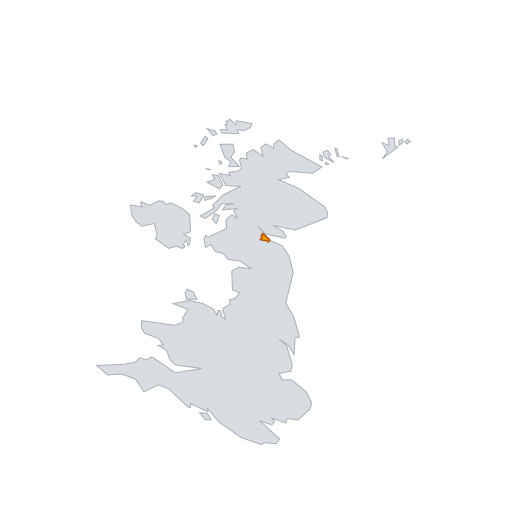 where Edinburgh sits in United Kingdom, rotated 35°
{"feature_id": "GBR-2023", "entity_name": "Edinburgh", "entity_type": "Unitary District (city)", "adm_level": 1, "iso_a3": "GBR", "parent_name": "United Kingdom", "parent_adm1": "", "projection": "natural_earth1", "projection_center": [-3.306, 55.904], "detail": "fine", "context": "in_parent", "style": "filled", "palette": "amber", "viewbox_px": 512, "rotation_deg": 35, "n_neighbors": 0, "source": "natural_earth", "source_scale": "10m", "svg_char_len": 4232}
<svg xmlns="http://www.w3.org/2000/svg" viewBox="0 0 512 512"><g transform="rotate(35 256 256)"><path d="M276.0,379.3L252.7,391.4L245.4,390.6L236.6,384.5L227.3,385.3L231.1,382.1L223.2,379.3L209.2,383.3L203.2,380.5L199.5,374.5L229.7,359.1L234.2,351.6L231.6,349.4L231.0,338.8L215.4,342.5L226.6,330.9L240.1,325.3L251.8,323.9L258.0,326.9L256.1,322.3L258.8,321.2L262.7,325.4L267.3,325.2L258.8,318.2L262.5,310.7L259.3,306.9L263.2,302.9L264.0,295.5L256.1,297.2L244.8,282.3L248.2,275.2L259.5,269.1L245.9,269.3L235.1,274.9L227.3,272.7L220.3,275.7L212.3,272.7L209.8,278.0L203.9,272.3L203.0,267.9L206.1,267.9L216.2,250.4L210.6,243.7L212.4,236.0L218.8,235.6L212.0,231.8L213.1,228.2L202.2,237.3L202.0,231.3L208.0,225.7L197.8,232.9L197.6,241.3L193.0,254.2L187.4,255.2L194.5,240.3L191.4,239.9L193.9,225.1L203.2,208.0L190.9,215.6L178.5,209.4L189.0,204.8L185.6,203.2L192.8,196.5L193.6,192.1L187.6,187.2L187.5,184.2L193.2,181.6L189.0,177.5L192.7,170.4L204.4,170.4L197.8,164.1L199.8,158.5L208.4,157.7L206.3,153.6L208.2,147.6L223.3,149.3L258.9,145.3L254.8,155.7L234.6,167.8L233.5,171.4L238.1,172.5L230.8,180.5L252.7,176.1L284.4,176.4L289.8,179.4L292.1,184.0L273.4,212.1L252.3,221.3L263.4,220.2L269.5,222.8L269.0,225.0L250.9,232.6L239.7,230.4L259.1,235.2L271.0,232.6L282.9,236.9L295.9,248.1L307.4,277.5L322.3,284.4L338.1,297.5L335.0,300.8L343.8,314.9L333.4,310.6L323.0,311.0L332.8,312.1L348.1,324.3L350.5,330.4L342.3,339.1L348.7,342.4L356.0,337.0L375.2,338.5L385.7,344.3L388.1,350.4L384.4,366.2L374.9,371.3L376.1,375.7L362.1,379.7L366.1,381.1L365.9,385.2L353.4,388.8L380.3,392.4L380.0,398.7L370.5,403.4L368.3,407.6L347.9,413.2L320.9,413.2L303.7,408.6L306.0,411.2L287.1,414.5L289.0,417.9L287.0,418.8L260.7,414.8L249.7,417.8L242.2,431.5L228.2,426.1L213.6,429.7L202.9,438.5L188.2,437.1L209.1,421.2L217.7,412.8L219.3,405.8L225.5,404.1L228.5,398.4L257.0,397.9L276.0,379.3ZM180.1,299.8L163.3,299.6L163.5,296.0L154.0,287.7L145.4,297.0L137.9,296.6L131.4,294.2L123.9,286.1L134.3,281.3L130.3,277.7L139.9,275.4L144.7,266.5L148.9,264.3L152.0,265.8L156.1,261.3L168.6,259.3L177.8,260.1L188.5,273.7L184.1,279.7L192.0,278.9L194.9,284.5L194.5,286.5L189.6,282.8L189.9,288.5L192.5,288.9L191.2,292.3L185.3,293.5L180.1,299.8ZM177.6,154.3L174.2,160.1L168.3,163.3L171.6,165.7L157.6,174.8L154.4,172.6L160.3,169.0L155.2,166.3L157.1,164.7L154.4,163.2L156.1,159.0L163.9,160.1L162.6,156.4L176.7,149.7L177.6,154.3ZM178.6,183.0L178.7,189.3L190.8,192.3L182.4,198.4L181.3,193.1L173.8,193.1L162.5,185.1L173.1,177.5L178.6,183.0ZM301.7,80.1L307.1,86.4L309.7,85.6L303.7,104.1L303.8,95.1L294.2,90.9L301.6,89.2L296.5,83.9L301.7,80.1ZM187.6,221.9L173.5,223.7L178.2,217.0L173.5,214.4L179.2,211.8L188.1,217.0L187.6,221.9ZM225.4,321.5L232.5,325.4L223.8,331.2L219.0,326.9L218.6,322.6L225.4,321.5ZM178.1,235.9L179.1,245.2L173.3,246.9L173.5,241.0L168.5,243.8L170.6,238.5L178.1,235.9ZM258.9,129.9L258.4,133.0L266.4,134.6L256.0,135.9L251.2,132.6L253.9,128.4L258.9,129.9ZM204.9,252.2L199.0,251.1L198.0,244.8L202.9,244.0L204.9,252.2ZM313.3,415.8L308.3,419.3L299.8,416.6L306.6,412.9L313.3,415.8ZM182.3,239.8L179.6,237.2L188.8,229.6L186.9,233.4L182.3,239.8ZM151.1,177.0L154.0,178.9L151.6,182.0L143.0,179.7L151.1,177.0ZM149.5,196.0L146.1,195.5L145.5,187.1L149.3,187.4L149.5,196.0ZM309.9,83.3L306.8,80.3L308.6,76.5L311.2,77.6L309.9,83.3ZM267.2,127.0L265.0,127.8L258.9,122.5L260.9,121.7L267.2,127.0ZM256.0,140.0L253.1,140.4L250.1,136.2L253.3,136.3L256.0,140.0ZM316.6,73.5L315.4,77.7L312.9,77.3L313.0,73.6L316.6,73.5ZM274.9,124.2L268.9,125.6L275.5,123.3L274.9,124.2ZM174.8,201.1L173.0,201.4L170.8,199.3L173.7,198.2L174.8,201.1ZM262.9,138.9L260.9,141.2L259.3,139.1L262.9,138.9ZM168.0,212.4L164.4,213.6L169.2,211.1L168.0,212.4ZM145.1,201.0L142.8,201.5L141.8,200.8L144.1,199.3L145.1,201.0Z" fill="#d9dde1" stroke="#a8b0b8" stroke-width="1"/><path d="M248.6,233.7L249.8,233.9L251.0,233.9L251.5,233.8L252.0,234.0L252.4,234.3L257.2,234.6L257.4,234.7L257.9,235.2L258.0,235.3L258.4,235.4L258.4,235.7L258.2,236.5L258.1,237.3L256.9,237.3L255.4,237.5L253.8,238.5L251.5,239.6L251.0,239.9L250.8,239.7L250.3,239.6L250.0,239.7L250.0,239.0L250.2,237.5L250.1,237.2L249.6,237.0L249.0,236.8L248.6,236.4L248.6,235.4L248.6,234.6L248.6,233.8L248.6,233.7L248.6,233.7Z" fill="#f59e0b" stroke="#b45309" stroke-width="1.5"/></g></svg>